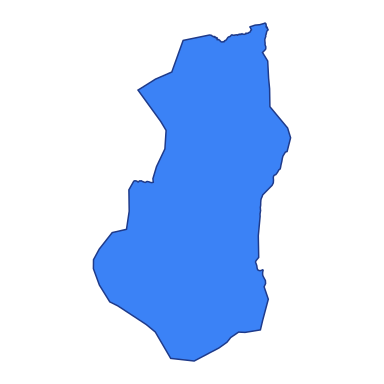 the district of Ix-Uul, Dzavhan, Mongolia
{"feature_id": "93677404B29034129696638", "entity_name": "Ix-Uul", "entity_type": "district", "adm_level": 2, "iso_a3": "MNG", "parent_name": "Mongolia", "parent_adm1": "Dzavhan", "projection": "mercator", "projection_center": [98.879, 48.691], "detail": "fine", "context": "isolated", "style": "filled", "palette": "blue", "viewbox_px": 384, "rotation_deg": 0, "n_neighbors": 0, "source": "geoboundaries", "source_scale": "gbopen_adm2", "svg_char_len": 4789}
<svg xmlns="http://www.w3.org/2000/svg" viewBox="0 0 384 384"><path d="M264.6,23.3L259.7,24.7L255.2,25.1L253.9,25.5L252.2,26.1L250.2,26.7L250.1,26.8L249.9,27.0L250.0,27.2L250.3,27.5L250.5,27.9L250.6,28.1L250.8,28.4L250.8,28.6L250.8,28.8L250.9,29.0L251.0,29.1L251.2,29.3L251.4,29.6L251.5,29.8L251.4,29.9L251.3,30.0L250.7,30.6L250.6,30.8L250.6,31.0L250.4,31.3L250.3,31.5L250.2,31.8L249.7,32.3L249.3,32.3L249.1,32.4L248.9,32.5L248.6,32.8L248.4,32.9L248.3,33.0L248.1,33.2L247.8,33.2L247.6,33.3L247.2,33.2L246.9,33.2L246.6,33.5L246.4,33.5L246.3,33.4L246.2,33.3L245.9,33.3L245.9,33.6L245.8,33.8L245.5,34.0L245.3,34.0L245.2,34.0L244.8,34.2L244.6,34.3L244.4,34.3L244.1,34.3L243.9,34.2L243.7,34.2L243.3,34.3L243.2,34.3L243.0,34.2L242.5,34.2L242.1,33.8L242.0,33.7L241.8,33.8L241.7,34.1L241.3,34.3L241.1,34.4L240.9,34.3L240.9,34.2L240.6,34.1L240.3,34.5L240.1,34.6L239.9,34.6L239.7,34.5L239.4,34.2L239.0,34.4L238.3,34.5L238.1,34.6L238.0,34.8L237.8,35.1L237.7,35.2L237.3,35.1L236.9,34.8L236.5,34.8L236.3,34.8L236.1,34.9L235.9,35.0L235.1,34.9L235.0,35.0L234.7,35.1L234.4,35.3L234.1,35.3L233.8,35.2L233.2,35.3L232.8,35.1L232.4,35.1L232.2,35.0L232.1,34.9L231.9,34.9L231.7,34.9L231.1,35.3L231.0,35.5L230.7,35.8L230.5,36.2L230.3,36.4L230.0,36.5L229.7,36.5L229.3,36.8L228.6,36.9L228.1,37.3L227.6,37.8L227.5,38.1L227.2,38.5L226.8,39.1L226.6,39.4L226.1,40.0L225.9,40.1L225.7,40.3L225.4,40.6L225.1,40.6L224.8,40.6L224.5,40.9L224.3,41.3L224.2,41.5L224.0,41.8L223.9,41.8L223.7,41.7L223.4,41.7L223.2,41.8L223.0,41.7L222.8,41.8L222.3,42.0L222.1,42.0L221.9,42.0L221.6,41.9L221.2,41.8L220.9,41.6L220.7,41.4L220.4,41.0L220.0,40.8L219.9,40.6L219.8,40.4L219.4,40.2L219.2,40.0L219.1,39.9L218.9,39.8L218.8,39.6L218.7,39.6L218.4,39.7L218.2,39.7L217.9,39.4L217.7,39.5L217.4,39.6L217.4,39.4L217.4,39.2L217.1,39.0L217.1,38.8L217.1,38.6L217.2,38.0L217.0,37.9L216.9,38.0L216.6,38.2L216.5,37.9L216.4,37.8L216.2,38.0L216.0,37.8L216.0,37.6L215.9,37.5L215.7,37.6L215.5,37.3L215.2,37.3L215.2,37.2L215.1,36.9L214.9,36.8L214.8,36.7L214.7,36.8L214.8,37.1L214.7,37.1L214.4,37.1L214.3,36.8L214.3,36.6L214.1,36.6L213.9,36.6L213.7,36.5L213.3,36.6L213.1,36.6L212.7,36.3L212.4,36.2L212.1,36.0L211.6,35.4L211.3,35.4L211.1,35.3L210.6,35.2L210.3,35.1L209.9,35.1L209.5,35.0L183.2,40.4L183.1,40.5L171.8,72.0L155.5,79.1L138.0,90.1L160.7,121.4L166.1,130.4L164.9,148.9L156.5,166.6L152.9,178.7L153.3,182.2L152.3,182.5L151.8,182.6L151.5,182.6L151.0,182.5L150.0,182.3L149.2,181.9L148.7,181.8L148.4,181.7L147.9,181.7L147.5,181.5L147.1,181.5L146.6,181.6L145.9,182.2L145.6,182.4L145.4,182.4L145.0,182.3L144.7,182.3L143.9,182.1L143.4,181.8L143.0,181.6L142.6,181.6L142.3,181.4L141.9,181.2L141.6,180.9L141.3,180.8L140.8,180.8L140.5,181.0L139.9,180.9L139.5,180.9L139.3,181.0L138.9,181.4L138.8,181.6L138.6,181.8L138.4,181.9L138.1,181.9L137.9,181.9L137.6,181.7L136.8,181.1L136.4,181.0L135.4,180.8L134.8,180.8L134.4,180.9L134.1,181.0L133.8,181.2L133.6,181.5L133.3,182.0L128.9,189.8L129.2,211.2L126.5,229.3L112.2,232.6L99.3,249.0L93.5,259.7L93.4,268.7L99.4,285.1L109.8,301.9L117.7,305.8L146.2,324.5L155.3,332.0L170.7,358.4L194.2,361.0L209.7,352.8L218.9,348.0L227.0,342.2L230.7,337.5L238.6,332.1L245.1,332.4L260.4,329.9L262.7,320.2L268.3,299.2L264.1,286.8L264.8,285.3L265.6,283.5L265.5,282.0L265.4,280.5L264.5,278.9L263.4,276.8L262.7,275.2L262.6,272.9L262.9,271.1L263.1,270.2L262.7,269.8L261.5,270.3L260.2,270.7L258.9,270.5L257.6,269.7L257.1,268.0L256.8,265.7L256.2,263.9L255.6,262.5L255.6,261.6L256.1,260.6L258.7,257.4L258.3,235.7L260.1,216.5L260.0,213.7L260.2,213.1L260.3,212.3L260.6,210.4L260.4,209.2L260.4,208.2L260.3,207.3L260.6,205.9L260.7,204.3L260.7,202.5L260.8,201.7L260.8,200.9L260.9,200.3L261.0,199.5L261.5,198.0L262.1,196.7L262.7,194.9L272.1,185.3L273.3,182.9L273.5,180.1L273.3,177.7L273.5,176.3L274.3,175.2L275.8,174.6L277.4,172.5L278.4,170.7L278.9,169.8L279.7,169.3L280.2,168.9L280.5,167.7L281.0,164.9L281.8,161.5L282.4,158.1L282.9,156.2L284.2,154.0L285.4,152.1L287.1,151.5L290.6,137.8L287.6,128.0L269.9,106.7L269.6,88.7L268.6,78.3L267.7,61.0L262.5,52.5L264.4,50.6L265.5,49.4L265.7,48.9L265.8,48.2L265.8,47.5L265.8,46.7L265.4,45.7L265.1,44.7L265.0,44.3L265.1,43.6L265.1,43.0L265.0,42.2L264.9,41.4L264.8,39.7L265.0,38.6L265.2,38.2L265.3,37.9L265.3,37.7L265.5,37.2L265.7,36.8L265.8,36.2L265.7,35.8L265.7,35.3L265.8,35.0L266.1,34.5L266.1,34.1L266.2,33.7L266.4,33.2L266.5,32.9L266.5,32.3L266.6,31.9L266.8,31.5L267.0,31.0L267.5,30.3L268.1,29.9L268.0,29.5L267.8,29.3L267.7,29.1L267.6,28.7L267.4,28.6L267.2,28.4L267.2,28.0L267.3,27.9L267.3,27.7L267.0,27.5L266.8,27.4L266.7,27.5L266.4,27.4L266.4,27.2L266.5,27.0L266.4,26.8L266.3,26.7L266.5,26.6L266.2,26.3L266.2,26.2L266.2,25.7L266.2,25.2L266.2,24.9L266.1,24.7L265.9,24.4L265.8,24.1L265.9,23.8L265.8,23.7L265.5,23.4L265.2,23.1L264.8,23.1L264.6,23.3Z" fill="#3b82f6" stroke="#1e3a8a" stroke-width="1.5"/></svg>